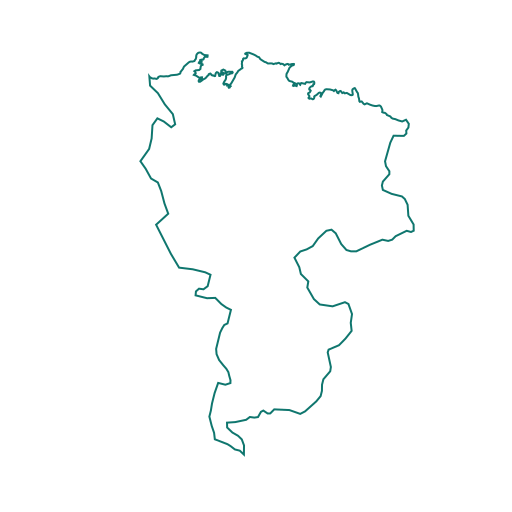 outline of Tumanian, Lori, Armenia, rotated 14°
{"feature_id": "60910142B81526699291587", "entity_name": "Tumanian", "entity_type": "district", "adm_level": 2, "iso_a3": "ARM", "parent_name": "Armenia", "parent_adm1": "Lori", "projection": "equal_earth", "projection_center": [44.669, 40.997], "detail": "fine", "context": "isolated", "style": "outline", "palette": "teal", "viewbox_px": 512, "rotation_deg": 14, "n_neighbors": 0, "source": "geoboundaries", "source_scale": "gbopen_adm2", "svg_char_len": 5824}
<svg xmlns="http://www.w3.org/2000/svg" viewBox="0 0 512 512"><g transform="rotate(14 256 256)"><path d="M292.3,451.6L290.2,442.7L286.6,437.4L282.1,434.8L275.8,433.0L269.5,429.4L268.2,424.7L276.0,422.2L286.1,417.3L289.0,413.7L293.5,413.2L296.9,411.8L298.5,406.0L300.5,404.2L305.4,406.0L307.9,405.3L310.8,400.4L325.7,397.4L337.1,398.5L341.2,394.9L349.7,382.4L352.6,376.3L352.6,370.9L351.2,364.9L351.2,359.3L355.9,349.9L355.5,345.6L348.9,332.2L349.1,329.3L358.1,322.5L362.8,314.5L366.9,305.5L364.1,297.9L363.2,289.1L357.3,280.2L353.5,279.3L342.5,286.3L329.6,287.6L322.6,283.8L313.4,274.2L312.9,268.0L303.9,262.6L300.7,256.4L293.7,248.3L297.9,240.9L303.6,237.3L308.7,232.6L312.1,223.9L318.2,214.5L322.9,212.2L327.9,214.7L335.8,223.8L342.3,228.3L347.1,228.5L352.2,227.2L363.9,217.5L374.7,209.6L380.6,209.4L384.2,207.2L386.7,203.0L396.1,195.1L400.6,195.2L402.9,193.3L401.3,187.3L394.1,180.1L390.7,169.6L386.6,164.7L383.2,162.9L372.6,162.9L363.1,161.2L361.1,157.1L361.1,153.1L365.6,144.4L364.9,141.5L360.4,137.4L358.3,132.9L358.9,113.5L360.4,106.0L370.4,103.7L372.3,100.8L371.4,97.9L372.8,94.5L372.3,90.8L368.6,87.5L365.3,90.1L361.4,90.0L358.1,89.5L355.4,89.6L354.0,89.2L352.6,88.1L348.9,87.5L348.4,86.8L347.2,86.2L346.3,85.9L344.8,86.1L343.6,85.8L343.5,84.3L343.2,83.5L341.1,80.8L340.0,80.2L339.1,80.1L336.5,81.4L335.0,81.7L332.6,81.8L330.2,81.6L326.7,81.0L324.7,82.6L323.6,82.3L321.2,80.5L320.4,80.7L319.5,81.3L318.9,80.9L317.8,78.2L316.8,76.7L315.8,74.1L315.3,73.2L314.2,72.3L311.9,69.8L311.2,69.2L310.2,69.9L309.4,70.9L309.3,71.8L309.6,72.8L310.8,75.7L310.7,76.4L310.0,76.8L308.7,77.0L304.7,75.8L302.7,76.7L302.2,76.5L301.5,76.0L300.3,77.0L298.2,75.4L297.5,75.7L296.7,76.6L296.6,78.1L295.7,78.1L294.8,77.2L293.9,76.0L292.9,75.4L292.3,76.0L291.7,77.1L290.7,76.6L287.5,76.5L284.1,77.1L282.9,77.7L282.2,78.9L282.1,79.7L281.3,81.4L280.3,85.6L279.8,85.3L280.1,82.6L279.4,82.0L278.3,82.0L277.5,82.5L275.8,85.1L274.3,86.5L273.9,87.1L274.2,87.8L274.2,88.8L273.8,89.8L273.1,90.2L271.2,89.8L269.7,90.5L268.7,89.9L269.2,88.3L269.0,87.7L267.7,86.7L267.3,86.2L267.3,85.4L268.6,84.2L269.1,82.4L268.4,81.8L267.5,81.6L267.2,81.1L267.3,80.1L267.9,78.9L268.9,77.8L269.8,77.6L270.0,77.2L270.2,76.5L270.0,75.6L270.8,75.1L270.8,74.3L270.5,73.3L270.0,72.8L269.1,72.8L266.1,74.6L262.9,75.1L262.3,76.0L262.0,77.1L258.2,77.2L257.7,77.6L257.5,79.2L257.2,79.1L256.7,78.5L256.1,78.1L255.1,78.2L254.3,78.7L254.1,79.6L254.4,80.6L254.3,81.3L253.1,81.2L252.1,81.3L251.5,81.9L250.7,81.8L250.8,80.7L252.0,79.7L252.3,79.1L251.7,78.8L250.6,78.8L249.0,78.1L246.0,78.1L244.8,77.3L243.3,75.7L242.1,74.7L241.7,72.9L241.6,71.7L242.2,69.8L243.0,65.2L243.8,63.9L244.9,62.5L246.1,61.8L246.5,61.3L246.4,60.6L245.8,60.6L244.1,61.2L243.7,61.5L241.5,62.5L241.1,62.1L240.6,62.0L239.8,62.1L239.1,62.7L238.2,63.2L237.5,64.1L235.7,63.2L234.1,63.3L233.5,63.8L232.0,63.1L231.1,63.1L229.3,64.4L228.8,64.2L226.4,65.6L225.4,65.3L224.4,65.4L220.9,66.3L218.7,65.6L217.4,65.6L213.5,64.3L212.4,63.8L210.9,62.4L209.2,62.3L207.1,61.5L204.8,61.0L200.1,60.4L197.8,61.1L196.7,62.0L196.6,62.4L197.1,62.6L198.6,62.7L199.3,63.0L199.1,65.2L198.8,66.1L198.1,66.7L197.1,67.1L196.2,67.2L195.8,67.8L195.9,69.6L195.2,70.5L195.7,71.8L195.7,72.7L196.0,73.7L196.4,74.1L196.5,75.4L197.4,76.7L197.2,77.2L196.5,77.6L195.8,78.6L194.0,80.7L193.5,82.4L192.4,84.7L192.1,88.0L190.4,93.9L189.7,95.7L189.6,96.7L190.3,97.3L190.0,97.6L189.7,98.9L189.0,99.3L188.4,98.7L188.2,97.1L187.9,96.6L186.7,97.5L186.4,96.9L186.2,96.2L185.5,96.2L184.7,96.3L184.3,97.2L183.6,97.5L182.8,96.9L182.6,96.5L183.0,94.5L183.9,92.1L183.9,90.3L183.4,88.7L183.6,87.8L184.2,87.1L185.4,86.5L187.3,85.0L188.6,84.5L189.0,83.7L188.5,83.0L184.6,83.9L183.5,84.5L183.0,85.7L182.5,86.1L181.9,85.6L182.0,84.7L181.4,83.5L179.2,83.0L177.5,84.5L177.5,85.1L177.8,85.7L179.6,86.0L180.4,86.5L180.7,86.9L180.6,87.6L180.3,88.1L179.5,88.2L177.9,87.0L177.5,87.3L177.8,88.5L177.8,89.2L177.5,90.1L176.8,90.2L175.1,87.4L174.3,87.1L173.5,87.1L173.0,87.8L172.7,88.7L172.8,91.2L172.2,91.5L170.6,91.1L170.1,91.4L169.1,91.2L168.9,90.8L167.6,90.0L166.9,90.4L166.2,91.0L166.2,92.0L165.5,92.7L164.2,95.3L163.5,96.2L162.2,97.3L160.7,99.2L159.5,100.5L158.5,100.7L158.0,100.1L158.0,99.5L158.2,98.6L159.1,98.0L160.0,97.0L160.5,96.4L160.4,95.7L159.5,95.9L158.4,96.7L157.6,96.7L154.2,95.5L151.9,95.3L152.1,94.8L152.8,94.2L153.3,93.3L152.8,92.4L151.5,91.6L152.5,90.5L155.8,89.3L156.8,88.0L156.5,85.5L156.7,84.7L156.8,84.3L158.0,83.4L157.8,82.9L156.6,82.7L154.8,82.8L153.8,82.5L154.0,81.6L156.3,80.7L156.1,80.1L154.5,79.9L154.4,79.4L155.5,78.7L157.3,78.1L157.5,77.8L157.5,76.8L158.2,75.0L160.7,74.5L160.7,73.8L160.5,73.0L157.2,73.5L154.8,72.8L153.8,72.1L152.9,72.0L151.5,72.4L150.5,73.2L149.7,74.7L149.6,75.5L149.6,76.7L149.9,77.2L149.9,79.4L149.4,80.4L149.1,81.7L147.4,82.7L145.7,83.1L144.6,83.7L143.8,84.6L140.4,89.5L140.1,90.6L139.9,92.0L138.6,94.9L138.2,95.6L138.4,96.5L138.1,97.5L135.9,99.0L135.0,99.4L129.8,101.2L128.0,102.5L127.1,103.0L125.7,103.2L123.1,104.1L119.6,104.7L118.3,105.6L117.8,106.2L117.8,107.0L116.8,108.2L114.5,108.3L113.6,108.7L112.1,108.8L109.7,108.1L109.1,107.6L112.0,116.3L121.4,121.7L130.8,130.9L141.0,138.5L145.7,147.8L142.6,151.6L134.0,147.8L127.0,146.3L123.9,154.1L126.3,167.2L126.4,178.0L120.9,192.0L127.8,198.0L135.4,206.2L143.0,208.4L148.3,215.9L154.5,227.2L160.6,236.2L151.5,249.8L172.9,274.5L184.2,285.9L197.8,284.2L210.7,284.1L216.4,285.2L216.4,297.0L213.1,301.0L208.6,301.5L206.3,304.9L206.9,308.8L218.7,308.8L226.6,306.5L234.0,311.0L239.6,313.2L244.7,314.3L244.7,328.3L241.9,330.6L240.8,333.9L239.7,339.0L239.8,355.8L241.5,360.8L245.4,365.9L250.5,369.8L254.5,372.6L257.3,375.4L259.0,378.7L261.3,382.7L261.9,385.5L257.4,388.3L250.0,388.3L249.0,399.0L249.0,409.6L249.6,416.9L249.6,423.1L254.1,431.5L258.1,437.7L260.4,443.8L273.9,445.5L277.3,446.6L282.3,448.8L287.4,448.8L292.3,451.6Z" fill="none" stroke="#0f766e" stroke-width="2"/></g></svg>